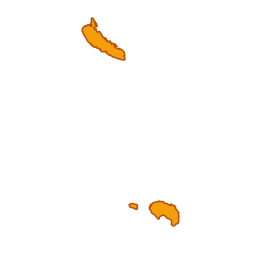 the district of Ulawa-Ugi, Makira, Solomon Islands, rotated 313°
{"feature_id": "97153195B5813678005448", "entity_name": "Ulawa-Ugi", "entity_type": "district", "adm_level": 2, "iso_a3": "SLB", "parent_name": "Solomon Islands", "parent_adm1": "Makira", "projection": "albers", "projection_center": [161.907, -10.009], "detail": "fine", "context": "isolated", "style": "filled", "palette": "amber", "viewbox_px": 256, "rotation_deg": 313, "n_neighbors": 0, "source": "geoboundaries", "source_scale": "gbopen_adm2", "svg_char_len": 5383}
<svg xmlns="http://www.w3.org/2000/svg" viewBox="0 0 256 256"><g transform="rotate(313 128 128)"><path d="M184.3,27.9L184.0,26.8L183.6,26.5L183.0,26.6L181.7,27.9L181.7,28.1L181.0,28.4L180.9,28.8L180.6,28.9L180.6,29.1L180.1,29.4L179.4,29.5L179.2,29.7L179.0,30.1L178.8,30.3L178.7,30.8L178.3,30.7L178.2,31.3L178.0,31.2L177.8,31.8L177.6,32.0L177.6,31.7L177.2,31.5L177.1,31.3L177.3,31.0L177.3,30.8L177.6,30.6L177.8,30.3L177.9,29.6L177.4,29.3L176.9,29.3L176.8,29.5L176.7,29.3L176.4,29.3L176.3,29.1L176.3,28.6L176.2,28.6L176.1,28.3L174.7,27.8L174.3,27.4L174.1,27.5L173.6,27.1L173.5,27.3L173.4,27.1L173.1,27.1L171.6,26.6L169.9,26.9L169.7,26.9L169.5,27.1L168.8,27.3L168.1,27.8L167.9,27.9L168.0,27.9L167.7,28.4L167.6,28.8L167.4,28.9L167.2,29.7L166.8,30.3L166.8,30.8L166.6,31.3L166.2,31.5L166.2,32.1L165.7,33.2L165.6,34.0L165.3,34.9L165.3,35.3L165.1,35.7L165.2,36.1L165.0,36.5L164.8,37.1L164.7,37.1L164.7,37.6L164.4,38.0L164.3,38.3L164.3,38.5L163.8,39.7L163.9,40.5L163.9,42.0L164.2,42.5L164.0,42.9L164.4,43.5L164.0,43.5L163.5,44.2L163.5,45.0L164.0,45.4L164.3,45.9L164.0,46.3L164.1,46.5L163.8,47.3L164.5,47.8L164.5,48.3L164.3,48.5L165.6,49.1L165.3,49.5L165.4,50.0L165.2,50.3L165.5,51.2L166.2,52.3L166.2,53.4L166.7,53.6L166.4,53.9L166.4,54.3L166.5,54.5L166.2,54.8L166.0,54.7L166.1,55.3L165.9,55.5L165.9,56.0L165.8,56.4L166.0,56.6L166.1,57.1L167.1,58.0L167.3,58.7L167.9,58.9L168.5,59.3L168.8,59.3L168.5,60.3L168.9,60.7L168.9,60.8L168.4,60.8L168.1,62.0L168.3,62.8L168.3,63.6L168.5,64.5L169.2,64.7L169.0,65.4L169.5,67.3L169.6,68.5L170.1,68.8L170.3,69.1L170.5,69.8L170.4,70.3L171.0,71.0L171.2,72.0L171.7,72.9L171.7,73.2L172.5,74.3L173.0,75.6L173.7,76.7L173.8,76.9L174.8,78.6L175.5,79.1L176.1,78.9L177.1,78.0L177.7,76.9L177.8,76.6L177.5,76.2L177.8,76.0L177.9,76.3L178.0,76.3L178.7,76.2L178.8,76.0L179.4,75.6L180.4,73.9L180.9,73.6L181.1,71.9L180.9,71.4L181.0,70.9L180.7,69.8L180.9,69.5L180.7,68.9L180.1,67.7L180.0,67.9L180.3,68.3L179.7,68.0L179.5,67.5L179.5,67.0L179.8,66.8L179.8,66.6L179.4,66.7L179.1,66.5L179.1,66.4L179.0,66.2L178.8,65.9L178.4,64.8L178.5,64.1L178.8,63.9L178.8,63.6L178.7,63.5L178.5,63.2L178.9,63.3L178.6,62.9L178.7,62.6L178.9,62.5L178.7,62.4L178.7,62.1L179.1,62.3L179.4,62.1L179.6,61.9L179.8,61.4L180.3,61.1L180.5,60.8L180.4,60.5L179.7,60.0L179.2,59.2L179.0,58.8L179.1,58.5L178.7,58.6L179.1,58.2L178.9,57.9L178.8,57.2L178.3,57.0L178.2,56.8L179.1,56.5L179.4,55.6L178.8,55.3L178.4,55.3L177.7,55.0L177.4,54.2L177.9,53.8L178.0,53.6L177.7,53.2L177.1,52.9L177.7,52.6L177.9,51.7L178.3,51.4L178.2,51.1L177.6,51.2L177.5,51.4L177.3,51.1L177.2,50.6L177.4,50.5L177.6,50.5L177.8,50.3L177.9,49.8L178.2,49.5L177.6,49.2L177.6,48.9L177.6,48.7L177.4,48.7L177.3,48.4L177.1,48.3L177.1,48.1L177.7,47.0L177.7,46.6L177.5,46.3L177.7,45.9L177.7,45.7L178.1,45.6L178.3,45.4L178.0,44.9L178.5,44.2L178.9,42.7L179.1,42.3L178.9,42.1L178.9,41.7L179.1,41.4L179.0,41.2L178.1,40.6L177.2,40.2L177.1,39.5L177.5,39.3L177.5,39.0L177.8,38.7L177.7,38.3L177.9,38.1L177.7,37.2L177.5,36.8L177.7,36.7L178.2,37.3L178.5,37.2L177.8,36.5L177.5,36.6L177.4,36.2L177.6,35.5L177.9,35.2L178.7,35.0L179.1,35.2L179.5,35.1L180.5,35.6L180.6,35.8L180.8,35.7L180.9,35.8L180.9,35.6L181.2,35.7L181.3,35.6L181.1,35.3L181.1,35.0L181.3,35.0L181.2,34.9L181.4,34.9L181.4,34.7L181.8,35.0L182.2,34.7L182.4,34.3L182.6,34.2L183.1,32.5L183.0,32.4L182.5,32.5L182.2,32.6L181.9,33.0L181.6,32.9L182.2,32.1L182.5,32.1L183.0,31.8L182.9,31.4L182.8,31.6L182.6,31.5L182.9,31.3L183.1,31.5L183.4,31.1L183.5,30.1L183.4,29.9L183.6,29.4L184.1,28.8L184.3,27.9ZM103.0,215.0L102.6,214.6L102.6,214.1L102.4,213.8L101.8,213.3L101.6,213.0L101.8,212.2L102.0,212.0L101.8,211.6L101.3,211.2L101.2,211.2L101.0,211.5L100.7,211.6L100.3,211.8L99.9,211.7L99.8,211.1L99.9,210.3L99.5,209.5L99.3,208.0L98.6,206.8L98.0,206.5L97.8,205.9L98.2,205.0L98.2,204.3L97.7,203.4L96.5,202.1L96.0,200.8L95.8,200.6L95.0,200.3L92.9,198.9L92.1,198.2L91.3,197.9L90.8,197.5L89.7,197.2L88.7,197.5L88.0,197.3L88.1,196.9L87.8,196.7L87.0,196.9L87.3,197.4L86.7,198.1L85.8,198.2L85.7,198.1L85.7,197.5L85.6,197.4L85.4,197.8L84.9,198.0L84.7,197.9L84.7,198.0L84.1,198.2L84.1,198.5L83.4,198.9L83.4,199.1L83.5,199.2L83.2,199.9L83.4,200.6L83.2,201.2L82.0,203.1L82.2,205.0L82.6,205.9L82.6,206.4L82.5,208.0L82.4,208.9L82.4,209.9L81.9,211.2L81.9,212.0L82.7,212.7L84.3,211.8L85.0,211.7L86.6,212.4L87.2,212.5L88.1,213.1L88.7,214.0L88.8,214.4L88.8,215.4L89.0,215.9L88.8,216.4L88.8,217.5L88.5,218.3L89.2,218.8L89.5,219.4L89.6,220.5L89.8,221.4L90.2,222.5L89.7,223.3L88.8,224.1L88.1,224.7L87.1,225.2L87.0,225.5L87.0,227.5L87.3,228.1L89.0,228.7L90.5,228.6L90.9,228.7L91.4,229.3L92.2,229.2L92.4,229.5L93.2,229.3L94.5,228.7L97.2,225.9L97.5,225.8L97.8,225.8L98.0,225.3L99.6,223.9L99.6,223.6L100.5,222.6L100.8,222.6L100.6,222.2L101.4,219.9L101.2,219.2L101.5,218.5L101.5,217.8L101.7,217.7L101.8,217.2L102.5,216.9L102.4,216.6L102.4,216.1L102.8,215.9L103.0,215.0ZM78.0,187.4L77.9,186.4L77.0,185.0L76.6,184.6L76.2,183.4L75.5,182.5L74.6,181.7L73.8,181.4L72.7,181.3L72.1,181.7L71.7,182.6L71.7,184.1L72.4,185.0L73.0,186.0L73.2,187.2L73.9,189.1L74.7,189.9L74.9,190.0L75.8,189.4L76.1,188.7L76.4,188.6L76.8,188.7L77.2,188.5L78.0,187.4ZM180.4,63.2L180.4,62.4L180.0,62.1L179.6,62.6L179.0,62.9L179.2,63.0L178.9,63.2L179.0,63.5L179.3,63.5L179.2,63.4L179.6,63.3L179.4,63.2L179.5,63.1L179.8,63.1L179.9,63.4L180.1,63.3L180.0,63.1L180.2,63.3L179.9,63.6L180.1,63.8L180.3,63.2L180.4,63.2Z" fill="#f59e0b" stroke="#b45309" stroke-width="1.5"/></g></svg>